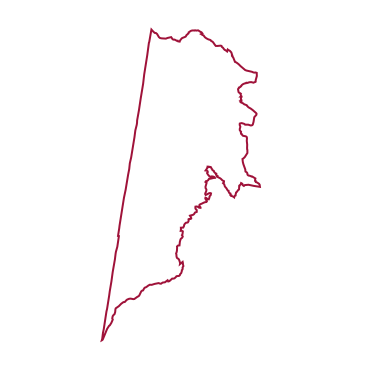 outline of Missenyi, Kagera, United Republic of Tanzania, rotated 279°
{"feature_id": "72390352B46245922571369", "entity_name": "Missenyi", "entity_type": "district", "adm_level": 2, "iso_a3": "TZA", "parent_name": "United Republic of Tanzania", "parent_adm1": "Kagera", "projection": "orthographic", "projection_center": [31.423, -1.204], "detail": "fine", "context": "isolated", "style": "outline", "palette": "rose", "viewbox_px": 384, "rotation_deg": 279, "n_neighbors": 0, "source": "geoboundaries", "source_scale": "gbopen_adm2", "svg_char_len": 6048}
<svg xmlns="http://www.w3.org/2000/svg" viewBox="0 0 384 384"><g transform="rotate(279 192 192)"><path d="M339.8,151.0L339.6,150.1L339.8,149.0L341.7,147.2L340.3,143.7L339.4,142.2L339.0,137.9L339.1,136.3L339.8,135.1L342.6,132.8L343.4,131.4L343.3,130.3L344.5,128.5L346.1,126.5L333.5,126.3L332.6,126.1L320.2,126.4L300.6,126.4L291.2,126.8L276.4,126.7L264.3,126.8L254.1,126.6L251.7,126.9L249.6,126.9L244.0,126.4L237.1,126.6L216.6,126.5L210.6,126.1L204.8,126.4L199.1,126.2L183.8,126.1L175.7,125.7L147.4,125.7L144.8,125.8L137.0,125.8L137.0,126.7L126.2,126.8L120.9,126.2L119.0,126.2L113.5,126.4L100.6,126.2L91.1,126.4L81.1,126.3L76.7,126.4L63.3,126.4L60.6,126.2L42.8,126.3L40.5,126.2L39.4,126.1L32.9,126.3L31.4,126.1L31.7,126.5L32.3,126.9L43.6,129.6L46.8,131.0L47.5,131.7L50.1,132.8L53.6,133.7L54.7,133.0L56.9,133.1L58.0,133.6L59.3,134.6L61.4,134.9L64.3,134.7L65.2,134.9L67.8,137.6L70.2,139.3L70.5,139.5L71.2,140.2L72.5,141.5L72.8,142.7L73.1,143.0L74.7,144.0L75.6,144.8L76.7,146.6L77.1,148.1L77.0,150.7L77.3,151.8L79.6,154.1L80.4,155.1L81.3,156.0L82.2,156.3L85.9,157.4L86.8,158.2L87.2,159.1L89.3,159.8L90.1,160.3L90.7,161.4L91.7,162.5L92.6,163.3L93.8,164.8L94.0,166.7L95.4,169.5L96.8,173.3L96.5,174.9L96.6,175.8L97.9,177.1L98.6,179.4L101.0,181.7L99.9,182.5L100.4,183.6L103.4,186.0L103.6,187.3L104.0,188.2L105.5,189.4L106.2,189.7L106.5,190.1L107.1,192.3L107.9,193.0L108.9,193.1L110.2,194.0L112.1,194.3L113.2,194.2L113.7,194.6L114.6,194.8L116.0,194.5L117.5,195.1L119.3,194.3L120.2,194.2L121.5,193.7L118.9,191.4L119.9,191.4L122.4,190.2L123.2,189.7L123.9,189.0L124.3,187.8L125.0,187.2L126.2,186.7L127.7,186.4L128.8,185.9L130.0,186.2L131.6,186.3L134.7,186.0L135.8,185.7L136.8,186.4L137.1,187.1L137.3,188.0L141.0,187.8L143.5,188.1L144.3,188.5L145.0,189.2L145.7,189.6L146.7,189.8L147.8,188.8L148.3,189.1L149.1,189.2L151.7,189.1L152.2,187.8L151.9,186.9L153.5,186.9L155.0,186.6L155.5,188.9L157.0,189.4L158.0,189.4L158.9,189.6L159.9,190.2L160.7,190.9L161.2,192.5L161.7,192.8L163.0,193.2L164.5,192.8L164.8,193.1L165.2,194.9L165.7,195.4L166.2,195.3L168.0,193.9L168.3,194.4L168.5,194.1L169.8,196.9L170.7,197.6L172.1,198.1L173.1,199.8L174.9,199.5L175.8,198.3L176.7,197.8L178.1,197.7L178.4,198.6L178.4,199.5L178.1,200.5L177.6,201.4L177.7,202.9L177.9,202.9L178.4,202.6L178.7,202.0L179.7,201.4L180.5,201.4L181.2,202.1L182.1,203.6L183.2,205.1L183.9,206.3L184.4,207.8L185.3,208.2L186.3,207.6L186.5,206.9L187.9,206.1L188.5,206.2L188.3,207.2L187.5,208.2L187.4,209.7L189.2,210.1L190.0,210.0L190.8,210.2L191.8,210.9L193.6,211.0L193.8,210.1L193.5,209.1L193.0,208.4L192.0,207.2L191.2,206.0L192.1,205.3L193.1,205.4L194.9,205.9L196.5,205.9L197.2,205.5L197.8,204.9L199.2,204.5L203.3,205.0L204.0,203.7L204.9,204.1L205.2,205.1L206.2,206.1L207.8,206.8L208.0,208.1L209.3,211.3L209.5,212.2L210.3,211.6L210.6,210.1L210.4,208.6L209.9,207.8L210.3,206.7L211.7,205.0L213.1,203.9L214.2,204.5L215.1,204.0L215.4,203.1L215.4,202.1L218.1,203.4L219.4,203.4L219.3,204.1L219.6,204.2L219.6,204.5L219.4,204.3L219.4,206.9L218.0,207.8L217.6,208.4L216.7,208.9L216.3,210.2L215.2,210.8L214.3,212.0L214.0,212.9L213.6,212.7L212.8,213.0L212.1,214.4L211.2,214.1L211.3,214.9L210.8,215.0L210.1,217.3L209.4,218.7L208.6,219.7L208.0,220.8L207.7,221.9L206.7,222.0L205.6,221.3L204.7,222.6L202.6,223.6L201.0,225.5L199.7,226.5L198.9,227.4L198.9,227.9L198.3,228.0L197.0,228.8L196.5,230.2L195.3,230.2L195.1,230.9L194.7,230.7L194.2,231.3L194.2,232.3L193.9,233.3L193.3,234.5L193.8,234.5L194.9,234.9L195.4,235.6L196.5,235.4L197.2,235.6L198.4,235.6L199.3,236.4L200.9,237.1L201.8,238.0L202.6,238.0L205.1,237.7L205.4,237.9L205.6,237.7L206.0,237.9L207.0,238.9L208.5,239.1L208.2,240.0L207.9,240.5L206.6,241.2L206.1,242.3L207.1,243.1L208.0,246.7L207.7,251.8L207.7,258.3L209.7,257.7L210.6,256.9L211.6,254.7L211.8,253.5L212.8,253.2L212.9,252.5L214.5,252.4L215.3,252.5L216.8,248.8L216.8,248.5L216.6,248.4L217.1,246.4L217.1,245.2L217.5,244.4L218.1,244.0L219.2,243.7L219.9,243.1L220.6,241.6L222.6,241.1L227.5,238.4L229.6,237.5L232.5,236.7L233.2,237.5L234.8,238.7L239.2,240.6L242.3,240.1L242.7,239.8L244.2,239.5L247.4,239.1L251.1,238.1L253.6,237.9L254.6,237.6L255.0,237.3L255.4,236.4L255.5,233.6L256.4,232.4L257.0,232.1L257.2,231.3L258.4,231.0L259.1,231.0L259.2,230.6L260.0,230.2L260.4,229.6L261.1,229.4L261.8,229.3L263.2,229.5L264.2,229.5L265.5,228.7L266.4,228.5L267.1,228.5L267.7,229.9L267.8,230.5L267.5,232.7L267.3,233.3L266.8,233.9L267.3,237.0L266.9,239.6L267.1,240.4L267.5,241.1L268.2,241.5L270.9,241.8L275.6,241.8L278.3,243.5L279.4,243.5L279.8,243.2L280.3,242.5L282.4,239.2L283.6,236.9L284.5,234.5L285.6,233.0L285.8,233.0L286.3,232.4L286.8,229.8L287.5,228.7L288.3,225.9L288.7,225.7L289.1,226.5L289.6,226.7L289.8,226.6L289.9,225.8L290.5,226.4L290.8,226.3L291.0,225.8L292.5,225.7L293.0,225.5L293.4,226.0L293.9,226.0L293.8,225.0L294.4,225.4L295.7,225.0L296.4,224.5L296.8,224.7L297.7,222.6L298.1,222.3L300.7,221.4L301.2,221.5L302.0,222.1L302.5,222.0L303.1,223.0L303.7,223.4L303.6,223.5L304.2,224.0L305.3,224.4L306.3,225.3L307.4,226.9L307.9,228.3L308.3,228.4L308.5,228.9L308.4,229.7L308.9,230.6L309.3,231.3L309.8,233.2L309.6,235.7L310.2,236.5L310.7,237.5L311.3,237.6L312.4,237.4L316.7,237.9L319.8,237.3L320.0,236.1L319.7,235.1L319.7,233.9L320.1,232.4L320.5,226.7L320.8,225.4L323.9,220.3L325.5,218.1L326.6,216.1L327.1,214.8L327.5,214.2L327.4,214.0L331.1,211.8L332.7,210.2L333.1,210.1L333.1,210.5L336.0,209.0L337.3,207.4L338.1,205.3L338.3,205.0L336.3,204.7L337.3,202.9L337.5,202.0L338.5,200.8L339.3,200.1L340.0,198.8L340.9,198.3L341.0,197.8L341.0,197.2L340.2,194.2L340.0,192.6L341.1,191.4L342.7,189.9L343.5,189.0L343.8,188.5L344.1,187.4L344.9,186.6L345.1,185.9L345.3,184.3L346.0,182.2L346.9,180.5L348.5,178.9L348.7,177.7L349.1,177.1L349.4,176.3L350.3,177.4L351.3,176.3L351.3,175.7L352.6,172.9L352.4,172.0L352.1,171.0L352.2,169.7L351.9,169.4L351.7,167.5L351.3,166.3L350.9,165.6L349.1,163.7L348.3,163.8L347.9,163.6L347.5,163.1L346.8,162.7L346.3,162.1L344.6,161.5L344.0,160.7L342.7,158.5L342.2,157.9L340.9,157.1L339.7,156.5L338.6,156.3L338.6,154.7L339.2,154.2L338.9,153.6L339.8,151.0Z" fill="none" stroke="#9f1239" stroke-width="2"/></g></svg>